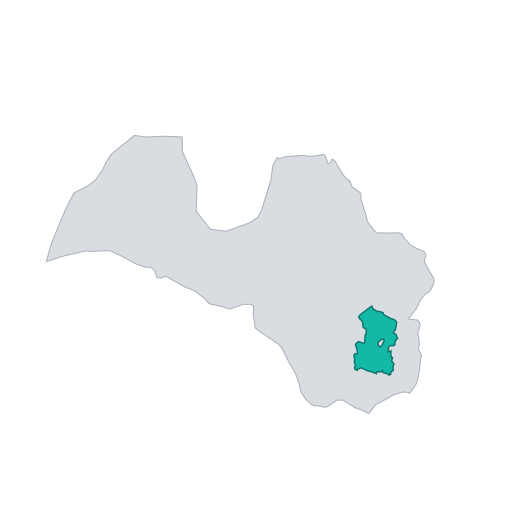 where Rezeknes sits in Latvia, rotated 21°
{"feature_id": "LVA-1066", "entity_name": "Rezeknes", "entity_type": "Municipality", "adm_level": 1, "iso_a3": "LVA", "parent_name": "Latvia", "parent_adm1": "", "projection": "mercator", "projection_center": [27.315, 56.501], "detail": "fine", "context": "in_parent", "style": "filled", "palette": "teal", "viewbox_px": 512, "rotation_deg": 21, "n_neighbors": 0, "source": "natural_earth", "source_scale": "10m", "svg_char_len": 3736}
<svg xmlns="http://www.w3.org/2000/svg" viewBox="0 0 512 512"><g transform="rotate(21 256 256)"><path d="M364.0,375.3L361.2,374.8L353.5,371.8L347.0,367.3L343.1,361.3L336.4,353.1L331.9,348.9L325.0,343.6L313.4,332.9L309.2,330.4L288.6,325.7L281.1,323.5L274.2,311.3L272.0,304.1L268.7,302.9L265.0,304.4L261.0,305.8L251.7,314.1L248.7,315.3L242.9,315.4L229.5,317.3L223.3,314.2L212.7,310.9L206.9,310.4L201.8,310.5L179.1,307.2L175.0,310.8L170.8,311.4L166.8,305.9L161.7,304.3L156.1,306.2L146.0,306.4L134.0,304.7L118.7,303.3L116.4,303.9L99.4,311.2L95.2,312.3L76.8,324.7L62.2,336.3L60.5,317.8L61.4,280.6L63.5,262.1L73.7,251.2L78.8,242.7L81.7,231.4L82.6,220.9L84.7,212.1L99.3,187.0L110.9,184.3L126.7,177.3L144.3,171.4L147.6,178.9L149.4,184.5L170.5,205.1L175.9,212.0L184.1,235.5L203.7,247.4L219.1,243.6L225.8,237.9L238.2,227.2L243.7,219.4L244.8,211.9L242.6,179.5L239.3,165.3L240.4,156.5L242.6,156.9L247.9,152.7L265.1,144.7L268.5,144.4L272.5,142.8L283.3,136.7L286.8,139.9L289.7,143.6L291.4,143.6L292.1,142.3L291.9,139.9L292.7,138.2L295.8,139.2L308.4,149.1L313.2,151.4L316.5,152.1L320.5,156.7L331.2,159.8L332.5,162.2L333.4,165.2L343.4,177.7L347.9,184.0L356.9,189.7L360.7,191.1L376.3,185.2L380.7,183.2L384.3,183.1L387.9,186.2L396.3,190.3L403.9,191.6L405.3,191.4L411.7,191.8L413.9,193.4L415.4,201.3L422.7,207.5L429.5,212.7L431.2,215.1L431.7,219.7L431.3,225.0L430.4,227.8L427.6,231.0L425.1,239.0L424.8,246.7L420.9,259.9L421.8,260.1L430.0,257.8L432.3,259.1L434.1,262.0L434.7,270.3L437.3,274.0L440.1,279.8L440.9,284.3L446.1,289.6L446.6,293.1L449.7,305.2L451.0,312.2L451.5,317.7L450.0,324.5L448.6,329.1L446.9,328.9L442.3,330.1L434.9,335.7L423.9,348.8L421.1,351.7L418.2,361.6L417.5,362.6L411.1,362.1L409.4,361.9L402.9,362.1L389.0,359.5L383.6,361.2L376.5,371.3L373.7,372.7L365.5,374.1L364.0,375.3Z" fill="#d9dde1" stroke="#a8b0b8" stroke-width="1"/><path d="M382.2,261.3L384.3,263.5L385.2,263.8L387.1,263.8L387.9,264.3L389.3,264.4L389.8,263.9L391.3,263.5L392.7,263.4L393.4,263.6L394.9,263.3L396.2,265.0L399.3,265.5L404.6,266.1L408.1,265.9L410.9,267.2L411.7,270.3L412.6,275.0L412.2,276.2L411.7,276.9L411.8,278.0L412.0,278.5L412.7,279.0L413.4,278.7L414.0,278.8L414.7,279.1L415.6,279.8L416.1,280.6L417.7,282.3L416.7,284.3L416.6,286.6L417.4,288.5L416.9,290.0L416.1,290.7L415.4,291.0L414.7,291.2L413.7,291.3L413.0,292.1L412.6,292.6L412.6,293.2L412.6,294.2L413.1,295.3L413.1,296.3L413.8,298.0L416.0,296.2L416.6,297.6L416.6,298.3L417.2,299.7L417.8,300.7L418.2,301.2L418.3,301.6L418.3,301.8L418.6,302.1L418.9,302.1L419.2,301.9L419.9,301.9L419.9,303.3L420.1,303.9L420.0,304.7L421.0,306.0L422.6,306.7L423.7,307.8L423.6,308.4L423.5,309.1L423.7,310.6L424.1,311.6L424.8,312.7L425.0,313.9L423.5,316.1L423.5,317.4L423.9,317.6L424.1,317.9L424.2,318.2L423.8,318.7L423.3,318.9L422.4,319.6L421.6,318.7L417.0,319.4L416.1,319.1L415.9,318.8L415.2,317.6L414.8,318.0L414.6,318.8L413.8,319.5L412.7,320.1L411.5,320.3L410.4,320.6L410.1,321.3L410.5,322.7L409.0,322.5L408.5,322.9L404.6,322.6L402.2,323.3L395.5,322.8L394.9,322.5L394.3,322.7L393.0,324.0L391.7,324.6L391.5,324.9L391.4,325.3L391.5,325.6L391.6,326.4L390.3,326.4L389.1,326.2L388.5,325.9L388.2,325.5L388.0,324.9L388.1,323.8L388.0,322.8L387.7,322.1L387.0,321.2L386.2,320.6L386.0,319.8L385.5,318.9L385.4,317.4L383.9,315.3L383.3,314.0L383.2,313.4L383.1,312.5L383.4,311.8L384.8,311.8L385.6,310.7L384.3,308.0L383.5,306.6L380.5,302.8L380.7,302.1L381.2,301.5L381.5,300.7L382.1,299.3L385.7,299.0L387.9,299.2L388.4,297.4L386.5,291.8L386.4,288.0L385.1,284.9L381.5,284.1L379.8,280.6L378.1,278.5L375.7,277.7L373.7,276.2L374.3,273.6L381.1,262.6L382.2,261.3ZM404.6,296.6L405.5,294.6L405.8,292.1L406.0,290.3L405.9,288.7L404.6,288.1L403.0,288.9L401.0,292.6L401.6,295.1L404.6,296.6Z" fill="#14b8a6" stroke="#0f766e" stroke-width="1.5"/></g></svg>